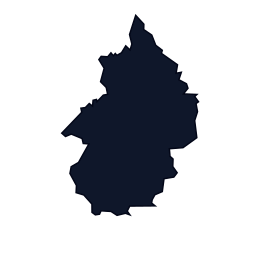 Rosoman, Rosoman, North Macedonia, rotated 315°
{"feature_id": "65306769B19811324233496", "entity_name": "Rosoman", "entity_type": "district", "adm_level": 2, "iso_a3": "MKD", "parent_name": "North Macedonia", "parent_adm1": "Rosoman", "projection": "equal_earth", "projection_center": [21.91, 41.5], "detail": "fine", "context": "isolated", "style": "filled", "palette": "ink", "viewbox_px": 256, "rotation_deg": 315, "n_neighbors": 0, "source": "geoboundaries", "source_scale": "gbopen_adm2", "svg_char_len": 1104}
<svg xmlns="http://www.w3.org/2000/svg" viewBox="0 0 256 256"><g transform="rotate(315 128 128)"><path d="M45.6,137.0L49.4,144.1L48.7,156.3L42.9,162.2L43.5,166.3L46.9,168.8L50.4,167.5L57.0,175.0L58.5,182.0L65.9,186.5L67.9,190.7L68.7,186.2L74.0,184.4L92.1,202.2L91.6,197.8L94.4,195.8L99.8,194.2L107.3,197.2L117.6,189.3L125.7,195.1L131.1,194.4L132.4,186.9L137.9,181.8L137.7,177.7L142.6,171.9L153.0,180.8L169.8,183.5L180.4,169.9L188.7,165.6L193.4,158.8L196.4,159.3L197.4,152.9L200.4,153.0L191.3,143.1L198.5,142.3L200.6,138.1L198.1,129.8L205.1,126.3L200.7,123.3L207.7,118.3L204.4,98.9L207.2,97.3L206.1,89.1L210.5,79.1L208.7,69.5L212.6,65.8L213.1,53.8L195.2,63.0L190.1,71.4L184.6,74.3L184.5,68.3L176.6,70.2L171.5,68.8L171.7,66.3L168.7,66.5L169.1,62.8L164.0,63.3L159.7,58.4L155.8,59.0L153.4,68.9L141.3,75.9L141.3,83.9L137.4,89.8L133.8,87.3L124.7,87.5L125.9,85.5L122.9,83.7L118.4,87.5L117.9,83.3L112.3,83.4L108.7,80.7L106.4,84.2L77.5,84.8L77.8,89.8L83.6,92.2L88.1,103.0L85.4,107.3L89.1,111.6L68.6,117.4L60.5,115.2L54.8,119.1L50.9,132.2L45.6,137.0Z" fill="#0f172a" stroke="#020617" stroke-width="1.5"/></g></svg>